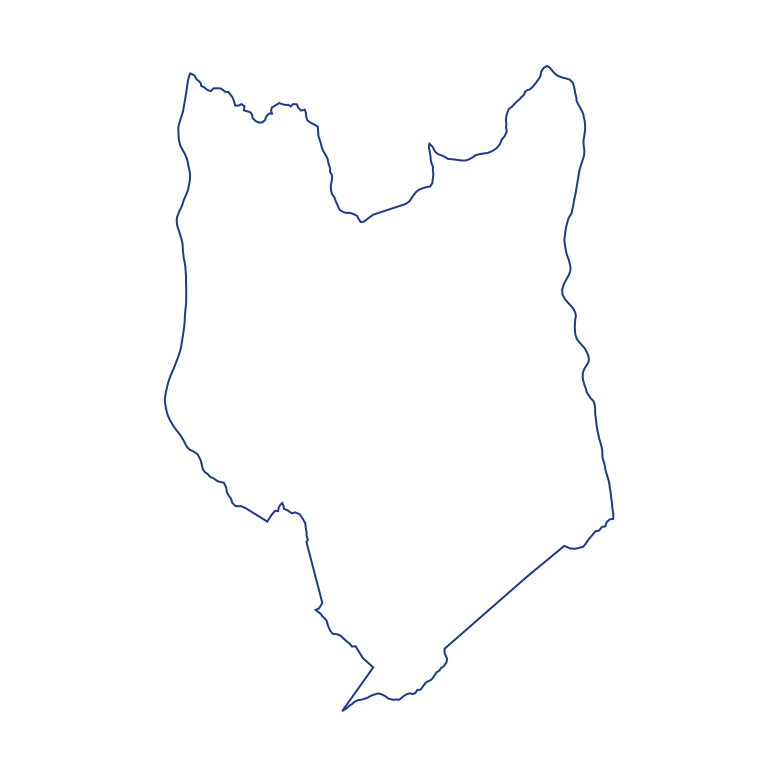 Tocantínia, Tocantins, Brazil, rotated 356°
{"feature_id": "56859067B6986223411705", "entity_name": "Tocantínia", "entity_type": "district", "adm_level": 2, "iso_a3": "BRA", "parent_name": "Brazil", "parent_adm1": "Tocantins", "projection": "robinson", "projection_center": [-48.142, -9.618], "detail": "fine", "context": "isolated", "style": "outline", "palette": "blue", "viewbox_px": 768, "rotation_deg": 356, "n_neighbors": 0, "source": "geoboundaries", "source_scale": "gbopen_adm2", "svg_char_len": 6108}
<svg xmlns="http://www.w3.org/2000/svg" viewBox="0 0 768 768"><g transform="rotate(356 384 384)"><path d="M603.2,534.6L603.7,530.1L603.4,526.8L603.1,522.7L603.1,518.4L602.8,514.5L602.6,511.1L602.5,506.9L602.0,503.2L601.9,500.3L601.5,496.6L600.6,492.5L599.4,487.7L598.8,484.3L598.6,481.4L598.2,478.6L597.5,475.6L596.8,472.4L596.9,469.2L597.1,465.9L596.6,461.5L595.7,457.0L594.7,452.9L594.4,449.3L593.7,446.0L593.3,441.8L593.1,437.7L593.0,434.1L592.7,430.9L592.6,427.4L592.9,423.8L592.8,419.6L591.8,415.7L589.0,412.4L587.3,409.4L585.7,406.4L585.0,402.7L583.9,399.0L583.2,395.6L582.6,391.8L583.0,387.5L584.5,383.5L586.3,380.9L588.2,378.4L589.6,376.1L590.2,373.1L589.4,368.7L587.9,364.8L586.7,362.3L584.2,359.1L581.7,356.0L579.5,352.5L578.3,347.9L578.2,343.9L578.3,340.9L578.7,337.2L579.2,333.3L580.1,329.9L579.9,326.6L578.8,323.5L577.3,320.8L575.7,318.7L573.3,315.9L570.4,312.0L568.3,307.3L568.3,302.1L570.1,297.5L572.4,293.6L574.2,290.8L575.9,288.3L577.4,285.1L578.2,281.7L577.9,278.3L577.2,273.8L576.1,270.0L575.2,266.7L574.7,262.8L574.3,259.5L574.1,256.4L574.0,252.6L574.8,248.6L575.4,245.3L576.3,241.2L577.8,236.6L579.0,233.2L580.2,230.6L582.9,227.0L584.3,222.1L585.4,218.4L586.4,214.1L587.6,210.0L588.6,206.5L590.5,198.5L592.1,191.9L592.9,188.4L593.6,185.5L594.8,181.8L596.8,176.8L598.3,173.2L599.6,169.6L600.1,166.0L600.0,162.6L599.8,158.6L600.0,154.9L601.0,150.9L601.9,146.6L602.5,142.9L602.7,139.2L602.5,135.2L602.0,132.2L601.6,128.6L600.6,125.8L599.4,123.2L598.2,120.5L596.9,117.7L595.8,114.8L595.9,111.6L595.1,107.8L594.7,103.6L594.1,99.6L593.2,96.4L590.5,93.3L586.7,91.8L583.6,90.9L581.0,89.7L578.6,88.6L575.9,86.1L573.3,82.6L571.1,79.6L568.7,78.1L565.2,80.0L562.4,83.8L561.7,87.5L560.1,89.9L558.0,92.4L556.2,94.6L553.5,97.5L550.1,100.3L547.2,101.0L545.0,102.4L543.6,105.5L541.2,107.3L539.0,109.5L536.6,111.2L533.7,113.7L530.7,116.5L527.6,118.5L525.9,122.1L524.7,125.6L524.0,129.0L524.2,132.9L523.7,136.3L524.0,140.8L521.9,144.8L518.6,148.3L516.3,152.9L512.8,156.6L508.7,159.0L505.6,160.1L503.1,160.9L500.6,160.9L495.1,161.4L491.4,162.1L487.6,164.4L483.7,166.1L480.7,166.7L477.9,166.6L474.9,166.0L472.1,165.4L468.0,164.6L463.5,163.9L460.5,161.7L457.1,159.8L453.8,158.4L451.2,155.8L449.1,150.9L446.1,147.5L445.3,150.2L445.5,153.0L445.9,156.3L446.3,160.2L446.2,163.3L446.7,166.7L448.0,170.9L447.6,174.8L447.9,178.1L447.2,181.8L446.2,187.0L443.8,190.1L441.0,190.5L437.9,191.0L434.5,191.9L431.4,193.2L428.8,195.3L426.9,197.4L425.1,199.6L423.4,201.9L421.6,203.9L417.9,206.0L385.1,214.3L381.7,216.4L377.4,219.2L375.2,220.6L372.0,220.8L370.2,217.5L368.7,214.3L366.1,212.7L363.4,211.4L360.6,210.8L357.7,210.6L355.2,209.5L352.3,207.5L350.9,204.9L350.1,202.2L348.5,198.0L347.5,194.2L345.4,191.0L344.7,187.3L344.7,182.8L345.9,178.1L346.7,174.8L346.5,171.5L344.9,168.7L345.3,165.2L344.0,160.1L343.4,155.2L341.6,151.2L339.8,147.7L338.5,144.0L337.7,139.2L335.9,132.0L335.9,127.4L335.9,122.6L332.7,120.4L329.0,118.2L325.9,115.7L325.0,111.5L325.0,107.9L324.0,104.8L320.4,105.5L317.8,102.5L316.6,99.0L313.0,98.4L310.3,100.6L308.1,98.8L305.3,98.8L302.3,97.8L298.9,96.4L295.0,98.7L291.5,100.3L290.4,103.1L291.1,106.5L288.5,106.1L285.6,108.4L283.4,112.7L280.8,114.5L277.7,114.6L274.2,112.7L271.5,109.6L271.2,106.2L269.4,103.4L266.4,102.4L263.3,101.2L264.1,97.0L261.2,94.8L258.6,96.2L255.0,95.8L254.0,91.1L252.7,87.2L251.1,84.7L249.1,81.8L246.0,81.5L244.0,79.5L241.5,77.7L238.7,77.4L234.5,77.2L231.8,79.7L229.4,78.9L227.2,77.4L225.2,75.4L222.5,74.0L222.2,71.2L220.6,69.1L218.2,66.9L216.4,62.9L212.4,60.6L210.5,64.8L209.4,68.5L208.0,74.9L207.2,78.6L206.4,82.2L205.6,85.6L204.8,88.9L203.7,93.2L202.8,97.0L202.0,99.6L200.7,102.7L199.2,106.5L197.9,109.8L196.7,113.6L196.5,117.4L196.4,121.2L196.4,124.9L196.7,128.3L197.6,132.2L199.3,136.3L201.4,140.5L203.0,145.2L203.8,149.5L204.1,153.3L204.7,156.1L205.1,160.3L204.8,165.5L204.0,169.5L203.1,172.4L202.3,175.9L201.0,178.9L199.4,182.2L197.1,186.5L195.5,190.8L193.9,194.1L192.0,196.9L190.5,200.4L189.2,203.1L188.6,206.5L188.7,210.9L189.4,214.3L190.4,217.9L191.3,222.0L192.2,226.0L192.8,229.8L192.8,233.5L192.7,237.6L192.9,241.3L193.0,244.4L193.5,247.6L194.0,252.7L194.0,257.5L194.0,263.0L193.7,267.3L193.5,271.4L193.3,275.2L193.1,279.0L192.8,282.8L192.5,286.2L192.3,289.2L191.7,292.6L190.4,300.3L190.0,303.2L189.7,306.4L189.0,311.2L188.1,315.4L187.3,319.6L186.2,324.1L185.1,328.7L184.3,332.6L183.1,336.3L181.8,339.6L180.5,342.8L178.7,346.6L177.0,350.3L174.6,355.2L172.7,358.8L171.3,361.5L169.9,364.9L168.4,368.6L167.4,371.9L166.1,376.1L165.0,380.3L164.3,384.5L164.3,387.8L164.6,390.9L165.0,394.4L165.5,397.3L166.3,400.7L167.9,405.0L169.6,408.3L171.3,411.8L173.6,415.4L175.5,418.2L178.0,422.0L180.5,427.1L181.9,430.5L183.1,433.1L185.6,436.0L189.7,438.3L193.2,441.1L195.9,447.6L196.7,452.6L197.4,456.7L199.3,459.6L201.6,461.3L204.0,464.4L207.6,466.3L211.1,469.3L214.3,470.4L217.4,471.3L219.3,476.1L219.8,481.1L221.3,484.5L223.3,487.5L224.3,491.9L227.6,495.6L232.9,495.9L237.5,498.3L258.0,513.1L260.6,509.5L263.1,506.3L266.6,502.8L269.4,503.5L270.5,499.7L272.2,497.2L274.3,495.6L275.2,498.5L275.6,501.7L278.9,503.2L283.0,506.5L286.6,505.9L290.7,508.0L293.4,512.4L295.7,517.3L296.0,522.4L296.4,526.5L296.2,530.3L297.2,534.1L295.6,536.2L307.2,598.1L305.4,600.7L303.6,603.2L300.0,604.7L304.9,608.9L306.2,611.3L308.4,613.6L310.3,616.3L311.1,620.5L312.1,623.6L313.2,626.4L315.5,629.6L319.7,630.3L323.1,632.1L326.2,635.4L329.2,638.5L331.6,640.6L333.8,643.7L337.4,643.7L343.6,655.7L353.5,666.0L319.4,707.4L325.0,704.3L327.0,702.5L330.1,700.8L332.3,699.0L336.0,697.6L340.4,697.2L345.5,695.9L349.3,694.0L353.0,693.0L356.5,692.2L360.6,693.7L363.6,695.6L366.6,698.2L371.4,699.7L374.1,699.6L377.3,700.0L381.5,696.9L385.4,694.8L388.7,694.4L391.2,695.4L393.7,694.4L395.8,691.6L399.2,691.4L402.7,687.3L405.2,684.5L410.7,682.2L412.5,680.2L416.3,675.3L419.2,673.8L420.9,671.5L424.0,669.6L426.8,666.3L427.8,662.6L425.6,656.6L426.0,652.3L512.6,586.6L552.6,558.0L557.9,560.9L562.6,561.7L565.5,561.4L571.2,560.3L574.1,557.4L575.7,555.3L577.5,553.1L580.0,550.5L584.8,545.6L588.1,545.3L591.6,541.8L594.9,541.4L596.5,537.2L600.0,534.7L603.2,534.6Z" fill="none" stroke="#1e3a8a" stroke-width="2"/></g></svg>